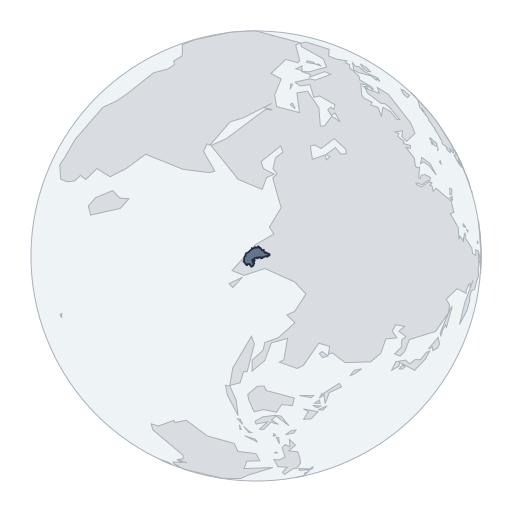 Karnataka highlighted on a globe, orthographic projection, rotated 68°
{"feature_id": "IND-2446", "entity_name": "Karnataka", "entity_type": "State", "adm_level": 1, "iso_a3": "IND", "parent_name": "India", "parent_adm1": "", "projection": "orthographic", "projection_center": [76.378, 15.043], "detail": "fine", "context": "on_globe", "style": "filled", "palette": "slate", "viewbox_px": 512, "rotation_deg": 68, "n_neighbors": 0, "source": "natural_earth", "source_scale": "10m", "svg_char_len": 13723}
<svg xmlns="http://www.w3.org/2000/svg" viewBox="0 0 512 512"><g transform="rotate(68 256 256)"><circle cx="256" cy="256" r="225" fill="#eef3f6" stroke="#a8b0b8"/><path d="M353.6,53.0L349.2,51.0L339.7,46.8L336.6,45.7L341.3,47.6L339.8,47.4L333.4,44.5L330.1,44.0L313.5,38.6L306.2,36.4L322.4,40.7L338.3,46.3L353.6,53.0ZM354.6,53.5L356.7,54.5L356.4,54.4L354.6,53.5ZM349.4,51.3L348.3,51.2L347.8,50.6L349.4,51.3ZM346.6,50.6L344.1,51.0L348.6,53.0L334.6,48.0L341.4,49.0L340.0,47.7L343.4,49.4L346.6,50.6ZM327.3,45.5L325.2,45.2L325.5,44.8L327.3,45.5ZM278.1,31.8L276.0,31.6L278.1,31.8ZM248.6,30.8L249.1,30.8L247.5,30.9L246.4,30.9L248.6,30.8ZM266.5,31.0L264.2,30.9L270.0,31.2L266.8,31.1L261.4,30.8L262.3,30.9L261.3,30.9L258.1,30.7L266.5,31.0L266.5,31.0ZM250.0,31.0L242.0,31.2L234.7,31.8L232.4,32.0L244.6,31.0L250.0,31.0ZM252.2,30.8L255.0,30.8L251.4,30.9L250.3,30.8L252.0,30.8L252.2,30.8ZM266.5,31.3L272.8,31.4L273.8,31.5L266.5,31.3ZM248.1,31.1L250.1,31.1L247.7,31.2L248.1,31.1ZM261.1,31.1L263.2,31.1L264.2,31.2L261.1,31.1ZM252.2,31.3L249.7,31.2L250.8,31.1L252.2,31.3ZM256.5,31.2L257.4,31.4L252.7,31.0L257.2,31.1L256.5,31.2ZM261.7,31.2L263.0,31.3L260.7,31.2L261.7,31.2ZM249.3,32.3L243.3,31.9L245.8,31.4L251.4,31.7L249.3,32.3ZM32.5,232.0L38.7,196.7L42.1,185.9L47.3,171.7L74.8,135.2L75.5,140.2L91.3,142.3L92.4,144.9L84.9,154.8L92.3,173.6L101.3,166.3L113.5,178.3L125.2,181.0L139.3,162.0L120.2,157.0L122.4,146.6L142.1,142.2L159.7,147.7L161.1,143.9L154.7,133.2L163.4,127.8L153.0,129.1L153.7,133.4L147.2,134.7L146.1,130.9L149.3,128.9L145.3,126.1L131.4,137.2L130.6,142.9L117.3,141.8L114.8,151.4L109.5,154.6L111.8,139.8L115.2,135.1L115.6,118.6L110.8,123.2L110.2,139.4L108.3,137.5L101.8,144.9L105.2,137.7L107.2,119.9L98.4,119.7L78.9,135.4L75.5,135.1L76.4,129.3L91.8,110.7L97.7,113.7L103.2,108.2L109.1,98.7L110.4,100.7L113.5,97.5L116.5,98.7L127.6,93.1L131.6,93.9L142.7,85.3L146.3,84.8L138.7,89.9L135.6,94.3L146.4,97.7L150.5,96.5L156.9,90.8L159.0,93.0L163.8,87.2L173.3,87.4L165.7,82.6L172.9,77.0L182.3,74.1L183.3,71.7L168.0,76.6L163.1,79.4L161.1,83.1L146.7,91.5L141.5,91.9L151.4,80.7L145.2,80.4L155.7,72.7L190.7,62.7L201.8,62.6L206.1,73.4L199.6,76.0L194.8,73.2L193.0,80.6L196.1,77.6L198.0,79.7L205.3,75.8L207.0,77.2L211.3,71.4L214.1,72.7L211.3,76.3L224.7,72.5L232.4,74.6L234.6,73.2L234.8,71.1L244.5,75.8L245.7,74.6L243.0,72.5L243.7,69.0L248.6,64.9L251.7,66.7L250.3,68.4L252.1,75.2L248.0,80.1L249.7,80.5L254.0,76.7L251.9,68.3L254.0,65.4L256.0,69.0L255.4,67.4L257.4,66.6L262.3,67.6L260.6,63.7L278.5,54.4L289.7,56.3L289.5,60.0L305.3,57.8L316.7,61.6L314.1,59.5L320.0,58.0L316.5,56.7L315.8,55.6L329.2,52.9L334.8,54.2L337.7,52.1L336.4,51.3L332.5,50.0L334.6,48.0L348.6,53.0L350.8,54.7L358.1,57.3L362.1,61.0L368.8,65.8L368.9,69.3L374.2,73.4L376.5,74.0L385.3,80.6L395.8,93.0L377.4,79.8L359.8,63.8L366.1,69.7L361.7,67.7L362.2,69.6L366.9,74.3L369.3,75.1L361.7,81.8L367.2,95.9L374.0,94.8L381.0,99.1L393.2,117.8L390.9,145.1L400.3,153.9L402.7,159.9L398.6,164.1L395.0,155.1L388.4,152.3L387.0,147.1L379.3,151.7L376.9,144.5L372.0,152.3L376.9,157.9L384.6,156.0L381.5,166.7L392.8,176.6L397.1,189.3L388.2,213.3L374.5,221.5L374.3,225.8L367.4,221.5L360.4,230.4L375.2,253.2L375.6,260.1L363.2,274.1L362.6,269.0L344.2,257.6L342.3,274.3L356.3,287.1L361.2,302.8L351.1,298.4L346.0,284.7L339.5,280.2L340.1,265.8L332.5,244.9L322.2,249.4L321.9,240.8L309.9,223.9L294.6,229.8L270.9,252.5L269.5,274.3L260.5,283.7L245.3,252.2L242.3,231.1L234.3,232.8L220.7,214.6L190.0,211.3L187.8,205.7L181.6,207.6L172.3,201.2L169.8,192.1L163.2,191.9L170.4,216.0L177.7,216.4L186.9,208.5L187.3,216.9L196.6,225.3L178.5,243.7L136.6,256.3L136.2,239.8L123.6,192.2L126.1,187.6L126.2,187.0L126.3,186.0L121.3,193.3L120.4,184.2L123.1,216.3L121.9,229.7L136.0,257.2L133.7,259.4L139.4,265.5L162.0,262.4L161.3,267.8L148.3,291.2L120.3,320.2L126.2,343.2L127.9,361.6L115.3,370.8L121.3,385.2L115.5,388.5L118.4,396.2L116.5,403.1L111.6,408.3L97.9,403.7L93.1,396.5L80.3,380.2L60.8,342.3L60.1,327.6L57.3,314.5L47.8,282.5L49.6,267.5L48.0,259.8L44.3,259.3L43.0,250.1L41.1,248.6L32.5,245.2L32.5,232.0ZM59.4,155.5L57.2,159.5L59.4,155.5ZM174.5,164.5L187.5,167.5L188.2,154.2L193.3,154.5L191.6,150.1L188.2,153.2L185.2,141.7L193.2,139.3L195.0,134.0L190.7,132.8L176.5,139.4L180.7,155.5L174.9,160.0L174.5,164.5ZM127.9,81.0L126.6,83.5L122.1,86.5L117.0,87.3L123.5,82.6L127.9,81.0ZM125.8,86.4L137.1,76.1L140.8,75.8L136.8,77.6L138.1,78.5L132.1,81.7L124.4,92.2L120.0,95.7L113.0,94.1L117.8,92.4L118.7,89.8L125.8,86.4ZM159.7,56.2L164.6,53.4L166.0,56.2L161.2,58.6L155.9,59.0L158.4,56.4L159.7,56.2ZM189.8,40.7L194.5,39.5L196.8,38.7L199.9,38.0L196.8,38.9L203.5,37.1L205.2,36.9L216.1,35.0L224.8,33.3L229.0,32.9L226.5,33.5L232.4,32.7L230.5,33.7L233.5,33.5L234.6,34.6L228.0,36.4L231.8,36.1L232.8,37.4L227.7,39.3L227.0,38.0L221.9,41.2L217.8,40.5L217.5,40.9L212.3,41.4L205.4,42.9L204.4,42.4L202.2,43.3L198.7,43.9L195.3,45.0L192.3,44.7L187.9,46.2L188.9,45.3L182.2,48.0L185.8,45.9L181.7,46.9L180.3,48.4L172.0,47.4L165.7,49.6L162.0,51.2L189.8,40.7ZM249.4,32.6L242.4,34.0L236.7,34.6L237.2,32.5L234.8,32.5L234.9,31.9L243.1,31.2L242.3,31.4L243.5,31.5L240.5,31.6L243.7,31.6L242.8,31.9L245.0,32.1L242.2,32.5L249.4,32.6ZM97.0,142.0L98.4,143.1L101.4,143.7L97.4,148.8L97.0,142.0ZM98.0,129.8L99.8,129.7L95.6,136.5L94.1,135.6L98.0,129.8ZM104.4,124.3L100.2,129.2L101.6,126.0L104.4,124.3ZM140.7,89.8L143.1,89.7L141.9,91.1L139.0,92.8L140.7,89.8ZM211.8,51.0L212.3,49.6L213.9,49.3L219.1,46.3L222.5,46.9L220.7,48.9L211.8,51.0ZM134.0,164.5L128.6,167.5L127.7,165.2L129.7,164.6L134.0,164.5ZM110.5,157.8L114.2,161.8L109.4,159.2L110.5,157.8ZM216.4,51.1L218.2,49.7L218.8,50.9L216.4,51.1ZM225.3,47.2L226.7,48.3L223.5,46.6L225.3,47.2ZM236.7,457.6L240.5,459.5L236.7,459.5L236.7,457.6ZM161.0,363.9L156.1,394.0L146.8,392.7L141.9,383.1L141.6,364.4L151.4,360.5L155.3,352.3L161.0,363.9ZM406.3,334.6L411.2,334.8L410.9,335.8L406.3,334.6ZM401.3,331.8L407.2,331.4L400.1,334.2L401.3,331.8ZM409.4,331.2L415.3,328.5L417.9,326.5L417.2,328.6L409.4,331.2ZM397.3,332.4L374.0,334.6L364.4,332.7L366.9,328.9L382.4,328.4L397.3,332.4ZM366.2,328.8L351.2,319.5L328.7,290.3L336.8,290.4L359.9,307.5L358.5,310.8L367.6,318.3L366.2,328.8ZM401.3,306.3L399.8,316.1L387.2,316.6L381.3,315.6L377.3,303.7L379.6,297.2L384.5,297.0L402.0,273.7L408.4,278.2L403.4,287.8L408.5,295.6L401.3,306.3ZM270.6,276.4L276.5,289.3L271.5,291.4L270.6,276.4ZM407.9,258.0L401.6,268.1L407.0,254.9L407.9,258.0ZM410.4,245.8L411.4,250.5L408.0,246.3L410.4,245.8ZM375.2,232.3L370.1,233.8L369.4,230.5L375.6,226.6L375.2,232.3ZM400.3,200.3L402.3,210.0L402.1,213.4L398.7,207.8L400.3,200.3ZM248.4,58.5L237.3,61.6L231.6,65.2L232.0,68.9L226.7,65.4L235.5,59.9L248.4,58.5ZM274.5,54.5L274.1,51.9L277.4,52.7L277.9,53.3L274.5,54.5ZM272.0,53.2L265.7,51.0L267.5,49.4L272.1,51.4L272.0,53.2ZM240.7,49.9L237.2,50.6L236.7,49.5L240.7,49.9ZM409.1,420.6L414.8,414.2L417.9,412.1L411.7,418.5L409.1,420.6ZM413.3,398.3L378.5,416.8L372.4,416.0L377.1,410.2L377.6,393.7L379.9,393.8L382.3,382.1L404.6,368.6L421.6,346.4L430.4,346.0L439.2,330.1L447.2,329.2L442.8,341.3L448.6,346.7L458.5,319.5L456.2,345.6L456.6,353.5L449.8,369.9L427.6,401.3L420.4,408.6L421.6,406.4L417.9,410.0L415.9,410.0L419.9,401.6L416.0,405.1L422.1,397.6L415.4,404.7L416.7,399.4L413.3,398.3ZM476.5,301.5L476.9,299.9L476.7,300.9L476.5,301.5ZM418.4,333.9L425.6,325.4L429.1,324.2L418.4,333.9ZM476.9,298.9L476.6,299.2L476.8,297.7L476.9,298.9ZM477.5,295.4L477.8,293.3L477.2,297.8L477.5,295.4ZM477.3,291.8L477.4,294.8L477.1,292.3L477.3,291.8ZM476.8,292.7L476.4,291.6L476.5,290.9L476.8,292.7ZM467.0,300.8L469.2,311.5L466.4,312.5L463.6,306.3L459.5,314.5L451.4,315.7L453.8,310.7L453.2,304.2L443.6,303.7L441.7,299.7L445.5,296.0L438.6,293.8L446.2,290.3L448.9,298.8L453.1,290.7L459.3,290.9L464.7,292.3L468.1,297.7L467.0,300.8ZM445.4,310.3L446.6,310.1L445.3,313.0L445.4,310.3ZM475.6,287.5L476.2,291.2L475.9,292.4L475.5,292.1L475.6,287.5ZM469.1,295.8L473.2,286.7L473.9,286.5L471.1,296.1L469.1,295.8ZM472.6,282.2L474.1,282.6L474.6,286.4L474.3,287.7L472.6,282.2ZM429.9,304.9L429.4,307.5L427.3,305.9L429.9,304.9ZM432.7,302.9L438.9,304.6L432.0,305.2L432.7,302.9ZM411.9,297.3L414.0,303.0L420.6,298.2L415.6,304.5L419.7,313.7L417.9,317.6L414.0,307.6L411.9,318.8L408.9,319.0L407.7,309.8L410.9,297.9L413.9,292.7L425.6,289.1L411.9,297.3ZM432.8,295.6L431.1,288.9L432.3,284.1L434.2,287.4L432.8,295.6ZM425.3,273.0L419.8,265.7L415.5,269.4L423.6,256.9L427.6,265.9L425.3,273.0ZM419.7,256.0L415.7,259.3L419.4,252.2L419.7,256.0ZM414.4,256.8L413.2,251.3L416.7,251.6L414.4,256.8ZM421.9,255.9L421.6,246.3L423.9,251.7L421.9,255.9ZM410.1,239.1L418.7,247.2L408.6,244.6L405.3,226.6L409.4,225.7L410.1,239.1ZM414.3,165.5L411.7,160.9L414.6,159.3L415.6,162.9L414.3,165.5ZM421.4,151.8L414.5,157.5L408.5,162.8L411.7,164.7L412.8,173.1L406.4,166.0L408.6,156.3L413.6,153.9L411.7,147.2L413.8,142.2L409.2,134.3L409.2,130.7L414.9,137.3L421.4,151.8ZM406.9,131.1L399.7,117.6L406.2,118.8L409.3,122.0L409.9,127.6L406.4,126.5L406.9,131.1ZM399.8,114.9L396.3,114.0L378.3,96.2L376.2,92.9L393.4,106.1L391.0,106.1L394.3,110.5L399.8,114.9ZM327.3,46.1L325.4,45.3L327.9,46.0L327.3,46.1ZM313.7,55.0L313.1,53.7L316.0,54.2L313.7,55.0ZM312.9,50.6L310.1,50.9L311.8,49.8L312.9,50.6ZM303.9,51.8L308.3,50.6L305.9,52.9L303.9,51.8Z" fill="#d9dde1" stroke="#a8b0b8" stroke-width="1"/><path d="M250.2,264.9L250.0,264.6L250.5,264.5L250.1,264.6L249.8,263.8L249.9,263.7L249.6,262.7L249.5,262.2L249.6,262.4L249.5,261.9L249.5,261.5L249.7,261.4L249.5,261.2L249.4,261.4L249.3,260.7L249.2,260.5L248.8,260.0L248.7,259.4L248.6,259.1L248.9,259.1L248.6,259.0L248.5,258.9L248.5,258.7L248.3,258.0L248.5,258.3L248.5,258.2L248.4,258.0L248.4,257.9L248.2,258.0L248.1,257.8L248.2,257.7L247.9,257.2L247.7,257.2L247.4,257.0L247.3,256.9L247.5,256.8L247.7,256.7L247.9,256.7L247.5,256.7L247.4,256.7L247.6,256.4L247.9,256.3L248.0,256.0L248.0,255.7L248.1,255.4L247.9,255.2L248.1,255.1L248.1,254.8L248.0,254.6L248.0,254.4L247.9,254.3L248.0,254.1L247.9,253.7L247.7,253.6L247.4,253.6L247.5,253.3L247.7,253.1L247.8,253.1L247.8,253.3L248.1,253.3L248.3,253.1L248.4,252.9L248.3,252.7L248.6,252.3L248.7,252.1L248.5,251.9L248.8,251.8L248.8,251.7L248.8,251.4L248.4,251.1L248.2,251.1L248.2,250.7L248.4,250.6L248.2,250.4L247.9,250.3L248.0,250.1L248.4,250.1L248.6,249.9L248.7,249.7L249.0,249.8L249.1,250.0L249.4,249.9L249.6,249.8L249.5,249.6L249.6,249.4L249.8,249.4L250.0,249.2L250.3,249.2L250.2,248.8L250.5,248.7L250.8,248.5L251.0,248.5L251.3,248.8L251.7,248.7L251.8,248.5L252.0,248.4L252.4,248.4L252.6,248.4L252.8,248.4L252.9,248.2L253.1,248.4L253.2,248.1L253.3,247.9L253.1,247.7L253.2,247.4L253.1,247.2L252.9,246.8L253.2,246.4L253.3,246.5L253.6,246.7L253.7,246.8L253.8,246.8L254.0,246.7L254.2,246.9L254.3,247.0L254.6,246.9L255.0,246.8L255.4,246.8L255.6,246.9L255.9,246.9L256.0,246.8L255.8,246.4L255.8,246.1L255.8,245.9L256.0,245.8L256.2,245.6L256.3,245.6L256.3,245.4L256.5,245.3L256.8,245.3L257.1,245.5L257.2,245.2L257.4,245.1L257.4,244.8L257.7,244.8L257.8,244.8L257.9,244.6L258.0,243.8L258.1,243.7L258.6,243.6L258.8,243.4L259.2,243.1L259.2,242.8L259.3,242.6L259.5,242.6L259.6,243.0L259.9,243.1L260.0,243.3L260.2,243.1L260.5,243.2L260.4,243.4L260.6,243.9L260.4,244.0L260.6,244.2L260.7,244.5L260.3,245.0L260.2,245.1L260.3,245.2L260.3,245.3L260.1,245.5L259.9,245.8L260.2,246.0L260.5,246.0L260.9,246.0L260.8,246.3L260.6,246.4L260.5,246.5L260.3,246.6L260.2,246.8L259.7,247.4L259.7,247.6L259.9,247.7L260.1,248.2L260.0,248.5L260.0,249.0L259.9,249.3L260.0,249.5L259.9,249.7L260.0,249.7L260.0,249.9L259.8,250.0L259.7,250.2L259.3,250.5L259.5,250.6L259.8,250.7L260.2,250.7L260.4,250.8L260.4,251.0L260.2,251.2L260.2,251.6L260.2,252.2L260.0,252.4L259.5,252.4L259.2,252.3L258.6,252.5L258.5,253.2L258.7,253.5L258.4,253.6L258.4,253.8L258.4,254.2L258.2,254.2L258.4,254.5L258.5,254.8L258.8,255.0L258.9,255.6L258.7,256.0L258.3,256.0L258.2,256.1L257.8,256.0L257.5,255.8L257.4,255.9L257.4,256.1L257.6,256.4L257.7,256.5L257.6,257.0L257.5,257.3L257.4,257.5L257.4,257.9L257.6,258.0L258.0,258.2L258.1,258.3L258.0,258.5L257.9,258.5L257.9,258.8L258.1,258.9L258.0,259.1L258.6,259.2L258.9,258.7L259.1,258.8L259.3,258.8L259.6,259.0L259.8,259.2L259.7,258.9L259.8,258.8L260.0,258.9L260.1,259.0L260.1,259.4L259.8,259.4L259.6,259.6L259.6,259.9L259.7,260.1L259.8,260.2L259.8,260.4L259.9,260.5L259.6,260.5L259.6,260.3L259.5,260.1L259.3,260.0L258.8,260.1L258.7,260.0L258.4,259.8L258.2,259.4L257.9,259.5L258.1,259.8L258.1,260.1L258.4,260.4L258.2,260.8L258.3,261.1L258.5,261.1L258.9,261.0L258.9,260.8L258.8,260.7L258.9,260.4L259.0,260.6L259.4,260.6L259.5,260.7L259.8,260.7L260.0,260.9L260.1,261.3L260.3,261.3L260.5,261.1L260.8,260.9L260.9,261.0L261.0,260.8L261.4,260.6L261.3,260.4L261.6,260.3L261.9,260.2L262.0,260.4L261.8,260.6L262.0,260.6L262.3,260.5L262.5,260.6L262.6,260.9L262.5,261.0L262.6,261.3L262.4,261.3L262.5,261.4L262.9,261.6L263.1,261.7L263.4,261.6L263.6,261.7L263.5,262.5L264.0,262.8L264.3,262.8L264.4,263.2L264.2,263.4L264.2,263.7L264.0,263.8L263.8,264.2L263.9,264.3L264.0,264.5L263.9,264.5L263.7,264.3L263.5,264.5L263.3,264.6L263.2,264.6L263.2,264.8L262.8,264.9L262.4,264.6L262.2,264.8L261.9,264.5L261.6,264.5L261.3,265.0L261.0,265.3L260.7,265.3L260.6,265.7L260.6,265.9L260.6,266.0L260.8,266.1L260.7,266.4L260.5,266.6L260.2,266.9L260.2,267.1L261.0,267.1L261.2,267.3L261.3,267.5L261.0,268.1L260.9,268.1L260.4,268.2L260.1,268.7L260.0,268.8L259.7,268.8L259.4,268.7L259.2,268.7L258.9,268.8L258.4,268.7L258.1,268.7L257.8,269.1L257.7,269.4L257.4,269.4L256.7,269.4L256.6,269.1L256.3,269.1L256.1,269.3L256.0,268.9L255.7,268.9L255.5,268.7L255.4,268.7L255.2,268.5L254.9,268.5L254.9,268.2L254.4,268.2L253.9,268.1L253.7,267.9L253.6,267.7L253.4,267.7L253.1,267.6L253.0,267.4L252.8,267.3L252.3,266.8L252.2,266.8L252.1,266.5L252.0,266.4L252.1,266.1L251.9,266.1L251.7,265.8L251.8,265.6L251.6,265.5L251.4,265.6L251.1,265.5L251.1,265.4L251.0,265.2L250.7,265.2L250.5,264.9L250.2,264.9Z" fill="#64748b" stroke="#1e293b" stroke-width="1.5"/></g></svg>